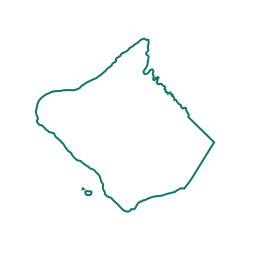 Soure, Pará, Brazil (Mercator projection), rotated 225°
{"feature_id": "56859067B4470404603658", "entity_name": "Soure", "entity_type": "district", "adm_level": 2, "iso_a3": "BRA", "parent_name": "Brazil", "parent_adm1": "Pará", "projection": "mercator", "projection_center": [-48.627, -0.457], "detail": "fine", "context": "isolated", "style": "outline", "palette": "teal", "viewbox_px": 256, "rotation_deg": 225, "n_neighbors": 0, "source": "geoboundaries", "source_scale": "gbopen_adm2", "svg_char_len": 4927}
<svg xmlns="http://www.w3.org/2000/svg" viewBox="0 0 256 256"><g transform="rotate(225 128 128)"><path d="M57.0,178.8L67.5,178.7L93.1,178.4L93.7,179.4L94.2,180.2L95.5,180.7L96.4,180.9L97.4,181.1L98.5,181.3L99.5,181.7L100.9,183.0L101.8,182.9L102.6,181.8L102.8,180.9L103.4,180.3L104.2,180.5L105.3,180.7L106.0,180.9L106.7,181.4L107.5,181.5L108.4,181.1L109.2,181.0L110.2,181.1L111.0,181.1L112.2,181.2L112.9,181.6L113.9,181.8L114.7,181.4L115.0,180.6L115.7,181.3L116.4,181.7L117.4,182.1L118.5,182.2L119.2,181.9L120.0,181.8L120.0,183.0L121.0,182.7L121.9,182.5L122.7,182.5L123.2,183.1L123.7,182.5L123.8,181.5L123.8,180.4L124.9,180.7L126.2,180.8L126.7,180.2L127.4,180.4L128.2,181.3L129.0,181.8L129.8,181.4L130.2,182.1L130.5,183.1L131.4,183.5L132.2,183.0L133.4,182.7L134.4,182.7L135.3,182.9L136.0,182.4L137.6,180.3L138.5,180.2L139.5,180.3L140.2,180.7L140.2,181.7L140.9,182.5L141.9,183.0L141.7,184.2L141.8,185.1L142.7,185.2L143.3,184.6L143.6,183.7L143.6,182.6L143.1,181.9L143.1,180.7L144.1,180.0L145.0,180.6L145.9,182.3L146.6,182.8L147.8,183.3L148.7,183.8L149.4,184.5L149.6,185.3L150.1,186.1L151.2,186.5L152.1,186.7L152.9,185.8L153.2,184.9L153.2,184.1L153.0,183.0L152.7,181.6L152.8,180.9L153.1,179.6L153.7,178.7L154.6,177.9L156.0,178.2L156.7,178.6L157.3,179.9L157.6,181.5L157.9,183.7L158.9,186.4L160.5,188.5L161.6,189.9L162.9,191.9L163.8,193.0L165.0,193.3L166.1,193.0L167.5,193.1L168.0,193.7L168.4,194.6L168.3,195.7L168.5,197.3L169.2,197.9L170.4,198.6L171.3,199.3L172.0,200.4L173.2,202.3L174.6,203.7L175.9,204.7L177.4,203.2L178.4,203.1L179.5,202.8L180.1,202.3L180.4,201.4L181.0,200.4L181.2,199.2L181.3,198.3L181.4,197.4L181.4,196.6L181.4,195.3L181.8,193.7L182.1,192.7L182.2,191.6L182.5,190.2L182.5,189.0L182.6,188.2L183.1,186.9L183.4,185.8L183.3,185.0L183.1,184.0L183.1,182.8L183.2,182.0L183.3,181.2L183.5,180.5L183.9,179.3L184.4,178.1L184.9,177.0L185.0,175.9L184.9,175.0L184.5,174.0L184.6,172.8L185.0,171.2L185.3,169.9L185.5,168.9L185.3,168.1L184.6,167.4L183.7,166.8L183.7,165.8L184.1,164.8L184.3,164.0L184.4,163.0L184.4,162.1L184.0,161.2L183.7,160.2L184.1,158.7L184.3,157.6L184.4,156.3L184.5,155.1L184.4,153.9L184.3,152.8L184.3,151.9L184.5,150.9L184.5,149.6L184.7,148.0L184.8,145.9L185.1,144.9L185.4,143.7L185.5,142.6L185.5,141.3L185.8,140.5L186.3,139.4L186.7,138.5L187.1,137.4L187.4,136.5L187.7,135.7L188.1,134.7L188.3,133.9L188.6,133.1L189.2,131.3L189.6,130.3L189.8,129.0L189.8,127.9L190.3,126.3L190.6,125.2L190.6,124.3L190.5,123.1L190.5,122.0L191.0,120.4L191.8,118.7L192.4,117.4L193.2,116.3L194.6,114.8L196.5,113.2L197.7,111.9L199.4,110.0L200.4,108.9L202.0,106.4L202.9,105.5L203.9,104.4L204.6,103.6L205.2,102.9L205.7,102.1L206.5,101.3L207.0,100.7L207.3,99.6L207.9,98.6L208.2,97.6L208.6,96.5L209.0,95.5L209.4,94.5L209.7,93.6L209.9,92.4L210.1,91.5L210.3,90.3L210.4,89.4L210.5,88.5L210.6,87.7L210.6,86.9L210.4,85.8L210.3,84.7L209.9,83.3L209.6,82.3L209.3,81.6L208.7,80.6L208.1,79.7L207.5,78.7L206.9,77.8L206.4,77.0L205.9,76.3L205.4,75.6L205.0,74.6L203.8,73.7L202.8,73.1L201.7,72.4L200.6,72.1L199.8,71.8L199.0,71.4L198.1,70.7L197.9,69.9L197.6,68.9L196.7,68.0L195.5,67.9L194.4,67.5L193.5,67.5L192.6,67.7L191.7,68.3L191.1,68.9L189.9,69.1L188.8,69.1L188.0,68.9L187.3,69.1L186.1,69.1L185.3,68.8L184.2,69.0L183.0,69.3L182.3,69.3L181.5,69.2L180.5,69.6L179.9,70.1L179.1,70.5L178.0,71.0L176.7,71.9L175.7,71.6L175.0,71.3L173.8,70.8L172.1,70.6L170.9,70.9L170.1,71.0L169.2,70.9L167.9,71.0L166.5,71.3L165.4,70.9L163.8,70.8L162.7,71.2L161.9,70.9L160.9,70.7L160.1,70.5L159.0,70.1L157.7,69.9L155.9,69.7L154.4,69.5L153.0,69.6L151.4,70.1L150.1,70.1L149.1,69.6L147.7,69.3L146.3,69.1L145.3,69.0L144.1,69.0L142.6,69.1L141.8,69.2L140.9,69.5L140.2,69.8L139.3,70.5L138.2,71.3L137.4,71.2L136.5,71.1L135.5,71.3L134.6,71.4L133.7,71.4L132.8,71.6L131.7,71.9L130.2,72.1L129.4,72.2L128.5,72.7L127.2,72.6L126.2,72.7L124.9,73.2L123.6,73.8L122.7,74.3L121.6,74.3L120.5,74.2L118.9,74.2L116.4,74.2L115.2,74.0L114.1,73.9L111.7,72.7L110.1,71.8L108.9,71.2L107.3,70.9L105.9,70.6L105.1,69.9L104.0,68.4L103.3,67.7L102.5,67.2L100.7,66.6L99.8,66.5L98.8,66.0L97.9,65.3L96.9,64.8L95.4,64.9L94.1,65.1L92.9,65.3L92.1,65.9L90.7,66.6L88.3,66.6L87.5,66.5L84.4,66.5L82.5,66.8L75.7,66.5L73.4,66.6L72.5,66.7L71.8,67.0L70.8,67.5L70.0,68.2L68.9,68.6L68.0,71.1L68.1,71.9L68.4,72.7L67.9,73.3L66.6,74.6L66.1,75.7L66.3,76.5L66.5,77.6L66.9,78.6L67.7,81.9L67.3,84.7L66.8,85.5L66.2,86.0L66.2,86.8L66.0,87.8L65.4,88.5L64.8,89.6L64.0,91.7L64.0,92.4L62.1,96.2L61.2,97.7L59.5,100.1L57.9,102.0L57.2,102.7L55.6,105.3L53.9,108.9L52.8,110.8L52.2,111.6L51.9,112.3L51.1,113.6L50.6,114.3L50.1,115.1L49.6,116.0L49.4,117.8L49.1,119.1L48.8,119.9L48.3,121.8L48.0,122.6L47.2,123.5L45.4,124.9L46.5,133.5L47.7,139.4L53.9,165.6L57.0,178.8ZM109.6,56.8L110.3,55.9L111.1,55.5L111.8,55.0L112.3,54.3L112.9,53.7L113.1,52.8L112.0,51.7L110.7,51.3L109.4,51.8L108.4,52.6L107.7,53.6L107.2,54.9L107.8,55.9L108.4,56.9L109.6,56.8ZM117.2,53.5L116.8,52.7L116.2,53.6L117.2,53.5Z" fill="none" stroke="#0f766e" stroke-width="2"/></g></svg>